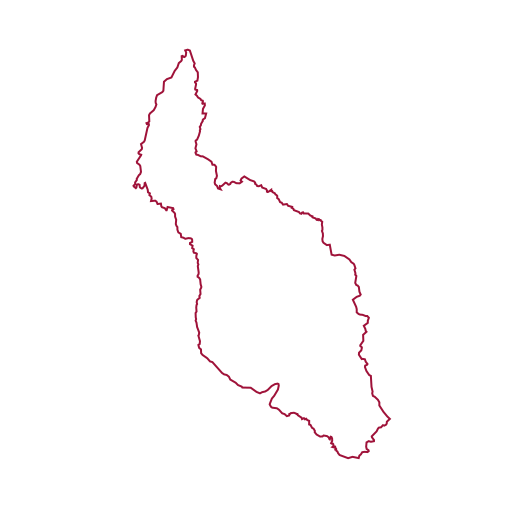 La Paz, Santander, Colombia (Robinson projection), rotated 353°
{"feature_id": "7082276B35281829421288", "entity_name": "La Paz", "entity_type": "district", "adm_level": 2, "iso_a3": "COL", "parent_name": "Colombia", "parent_adm1": "Santander", "projection": "robinson", "projection_center": [-73.636, 6.235], "detail": "fine", "context": "isolated", "style": "outline", "palette": "rose", "viewbox_px": 512, "rotation_deg": 353, "n_neighbors": 0, "source": "geoboundaries", "source_scale": "gbopen_adm2", "svg_char_len": 6113}
<svg xmlns="http://www.w3.org/2000/svg" viewBox="0 0 512 512"><g transform="rotate(353 256 256)"><path d="M325.9,230.1L324.6,228.8L324.5,228.2L323.7,228.2L323.0,227.1L322.6,227.0L322.2,227.6L321.8,227.0L321.1,227.7L320.6,227.5L319.8,226.0L317.1,224.7L316.7,224.4L316.9,223.5L314.9,222.5L313.0,220.2L308.5,219.6L308.1,218.4L307.6,218.4L306.9,218.6L306.2,219.6L304.9,219.1L304.0,217.6L299.2,215.1L298.8,213.6L297.3,212.5L297.8,211.6L294.0,210.1L293.0,208.2L289.1,208.3L288.0,206.2L286.5,205.5L285.5,202.4L284.1,201.1L284.4,199.0L283.7,197.9L282.8,197.3L282.3,196.0L280.2,194.6L280.0,193.5L279.1,193.4L279.2,192.1L276.1,193.8L275.2,193.9L274.7,193.5L274.9,192.4L274.2,190.7L270.5,188.8L269.8,186.4L267.3,187.1L265.7,186.7L265.1,185.2L263.9,184.2L264.1,183.0L263.1,181.7L259.4,179.9L254.1,175.6L251.0,177.4L249.9,179.2L251.1,180.5L248.6,181.9L245.3,181.3L243.2,179.8L241.7,179.4L239.8,180.3L239.2,181.4L237.9,181.9L237.3,181.8L235.9,180.1L234.6,179.5L231.0,182.1L229.5,182.6L228.7,182.2L228.3,183.9L229.0,185.5L226.5,184.3L225.9,181.8L224.2,179.9L223.9,178.2L224.9,174.6L226.0,174.1L227.0,171.7L226.6,166.7L227.3,162.7L227.1,162.2L225.9,160.4L223.9,160.1L223.3,157.0L220.1,154.1L215.3,150.6L213.3,150.3L210.7,148.6L209.1,148.1L208.5,146.1L208.7,145.6L209.8,145.0L209.0,141.7L210.5,137.9L210.0,135.0L210.2,134.1L211.7,133.3L213.9,129.6L215.6,125.5L215.6,124.3L216.3,123.3L215.9,121.0L217.2,119.6L217.6,118.1L219.7,115.4L219.6,114.7L220.1,114.0L222.1,113.0L223.9,108.5L220.3,108.0L221.3,103.5L223.6,100.3L223.7,98.4L221.5,98.4L221.3,97.8L222.1,96.5L222.1,95.4L220.6,94.7L220.0,93.3L217.8,91.6L216.8,89.6L215.6,88.3L217.8,85.0L217.8,84.1L216.1,83.5L215.9,82.8L217.4,78.5L217.5,77.5L216.6,76.2L216.7,75.6L219.2,74.8L220.2,71.4L220.6,66.6L219.1,64.0L218.3,61.4L217.5,60.6L217.7,59.1L218.6,57.4L217.5,54.6L215.4,44.0L213.4,42.9L210.8,43.3L211.5,45.5L210.7,48.7L209.3,49.8L208.3,49.5L207.6,48.4L206.6,48.6L206.3,52.3L205.5,53.4L202.9,55.1L200.9,59.3L197.9,62.3L193.8,68.5L189.1,69.6L185.9,71.8L184.2,80.7L183.0,81.9L177.4,84.3L176.2,86.7L175.2,90.0L175.1,91.9L175.6,93.4L174.4,95.9L172.3,98.8L168.1,101.6L167.0,103.2L166.5,109.4L165.5,110.3L163.5,110.8L163.8,111.8L165.7,112.1L165.7,113.0L163.9,115.6L159.6,127.8L158.7,129.0L155.5,130.9L156.1,134.8L155.6,136.1L152.1,138.7L151.9,139.8L152.6,140.7L154.4,141.5L154.2,142.0L149.2,147.9L149.3,149.2L151.4,151.1L152.1,152.6L152.1,158.5L151.0,160.6L149.6,161.5L147.0,164.9L147.0,166.0L145.0,168.2L144.8,170.0L143.0,171.3L143.1,172.0L145.0,174.0L145.6,173.5L146.5,170.6L147.9,170.4L149.1,171.1L149.1,173.5L149.5,174.1L150.8,175.1L151.6,175.0L153.9,172.7L154.4,170.1L154.9,169.9L156.6,177.0L156.6,179.6L158.3,180.9L157.6,182.5L159.3,184.4L159.4,186.3L158.5,188.7L162.7,188.8L163.9,189.9L164.6,192.4L168.0,192.4L168.1,195.1L168.6,196.1L171.3,197.4L172.5,199.7L172.9,199.7L174.2,196.6L179.6,198.4L179.8,199.5L178.4,200.1L178.2,200.6L180.3,203.1L180.8,204.3L180.5,207.1L181.2,210.2L180.3,214.5L180.7,216.3L181.5,217.7L181.2,220.3L181.8,223.1L184.0,224.8L184.1,228.2L186.2,229.0L187.9,230.3L191.1,230.0L193.4,230.5L194.4,231.3L194.6,232.2L194.4,234.2L192.1,235.0L191.9,236.2L194.3,238.0L193.6,240.4L195.1,241.7L194.4,243.6L194.7,245.1L197.2,246.1L197.6,246.7L196.8,248.5L196.5,250.7L198.0,252.8L197.3,255.8L197.8,257.3L197.0,258.9L197.1,265.3L196.8,266.9L195.6,268.5L195.5,269.5L196.8,270.6L197.7,272.4L197.6,277.3L198.0,279.7L197.8,280.7L196.5,282.6L196.3,287.0L194.9,288.8L195.0,290.7L192.4,292.3L191.9,293.3L191.5,294.6L191.7,296.5L191.0,297.4L190.4,299.8L190.2,303.9L189.1,305.2L188.7,309.7L188.9,311.3L188.2,312.8L188.8,314.9L188.9,319.3L190.3,325.1L189.6,327.5L189.1,327.9L190.0,333.7L189.4,336.5L188.0,337.2L188.0,337.6L188.4,340.3L190.0,342.0L189.7,345.8L190.9,347.7L195.2,351.6L197.5,355.0L199.8,356.0L208.0,367.9L209.9,369.6L212.4,370.5L214.4,372.5L215.4,375.5L220.4,379.3L222.4,381.9L225.9,383.9L226.4,384.9L234.7,386.1L240.0,391.0L243.2,392.8L245.5,391.9L248.6,391.6L251.3,390.4L255.6,387.0L259.2,385.5L261.9,385.3L262.7,385.8L262.8,387.4L261.5,391.2L257.0,397.0L254.4,399.4L251.8,404.2L251.5,405.0L252.5,407.5L253.6,408.5L258.2,409.7L260.1,411.4L262.8,415.3L265.1,416.4L267.1,418.7L269.5,418.3L269.9,416.8L270.8,416.8L271.4,416.2L274.5,416.2L276.5,417.2L277.0,417.9L277.9,417.9L278.2,419.2L281.5,422.0L281.8,423.5L283.8,422.8L284.7,424.1L285.9,423.6L286.9,425.1L288.7,426.1L288.2,429.7L289.5,430.3L290.7,433.4L292.1,434.4L293.1,436.8L292.8,438.1L294.4,440.6L297.6,443.0L300.0,443.2L301.2,442.4L304.5,443.4L306.1,444.9L306.5,446.6L306.9,447.0L308.2,444.5L308.8,444.8L309.3,446.3L309.1,448.8L307.7,451.0L308.1,451.4L309.4,451.6L309.8,452.3L309.6,454.3L308.6,454.9L309.5,455.3L310.6,454.5L311.3,454.8L311.3,456.1L311.8,456.7L311.1,457.2L311.1,457.9L312.0,458.2L312.1,459.2L313.0,460.0L313.4,461.6L314.7,463.7L322.8,467.9L327.3,467.1L333.3,469.1L334.3,466.7L335.9,465.7L337.5,463.7L339.9,463.6L342.8,464.2L344.1,463.4L344.0,462.5L342.3,461.0L342.1,458.7L343.0,454.5L345.3,453.5L347.4,454.4L350.5,454.2L350.7,453.1L349.0,450.1L348.9,449.1L354.3,444.8L356.1,442.1L357.1,441.3L359.2,441.3L361.4,439.4L362.6,440.0L364.5,439.3L365.3,438.3L365.7,436.4L369.0,434.0L366.7,431.2L363.5,426.2L360.2,419.4L360.6,416.3L359.5,413.6L356.7,410.2L355.0,409.1L354.6,406.4L355.2,404.8L354.7,400.0L355.4,389.0L353.8,387.9L351.6,383.6L350.6,379.5L351.0,378.1L352.8,377.6L353.5,376.8L352.0,374.3L351.5,371.8L349.3,371.1L348.4,371.2L346.1,366.5L346.5,364.5L349.0,362.5L349.9,360.0L349.8,359.3L348.6,358.2L348.6,357.3L352.2,353.3L352.7,347.3L356.4,344.7L355.8,343.8L355.6,341.6L354.5,338.4L358.8,336.0L359.1,333.8L360.5,331.1L359.1,329.1L357.6,329.0L354.7,327.4L352.1,326.8L350.8,326.1L349.1,324.2L349.5,321.0L349.2,318.6L346.8,311.2L351.0,308.8L354.1,308.1L355.2,307.0L354.3,304.1L354.3,299.3L353.3,297.7L352.0,297.0L351.2,294.8L353.1,288.3L353.1,287.7L352.2,286.7L352.6,285.2L352.0,281.6L353.2,280.4L352.5,276.8L352.0,275.6L349.8,273.7L348.3,270.8L343.7,266.7L338.8,264.9L334.2,265.1L331.2,263.9L330.6,253.8L327.6,253.8L324.6,251.1L323.9,249.6L323.9,247.2L324.9,244.4L325.1,241.7L324.5,239.1L325.1,238.2L325.4,235.8L325.2,232.8L325.9,230.1Z" fill="none" stroke="#9f1239" stroke-width="2"/></g></svg>